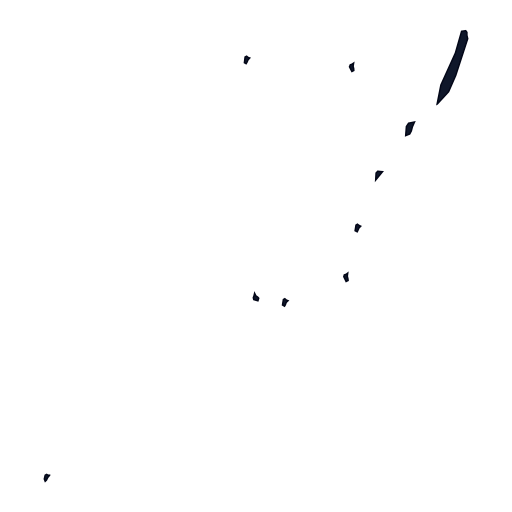 SVG path tracing the border of Haa Dhaalu
{"feature_id": "MDV-5224", "entity_name": "Haa Dhaalu", "entity_type": "Atoll", "adm_level": 1, "iso_a3": "MDV", "parent_name": "Maldives", "parent_adm1": "", "projection": "equal_earth", "projection_center": [72.994, 6.597], "detail": "fine", "context": "isolated", "style": "filled", "palette": "ink", "viewbox_px": 512, "rotation_deg": 0, "n_neighbors": 0, "source": "natural_earth", "source_scale": "10m", "svg_char_len": 1241}
<svg xmlns="http://www.w3.org/2000/svg" viewBox="0 0 512 512"><path d="M461.6,31.3L465.7,30.7L466.9,32.3L466.9,35.3L467.7,38.7L455.7,75.5L448.6,91.7L437.3,104.0L437.1,104.1L440.9,85.0L455.4,53.0L461.6,31.3ZM414.5,122.0L412.4,126.8L411.3,131.0L409.7,134.0L405.7,135.6L406.4,126.5L408.6,123.2L414.5,122.0ZM382.5,171.7L375.7,180.0L376.1,173.0L377.8,171.2L380.0,171.5L382.5,171.7ZM360.7,226.2L358.9,228.1L357.9,230.4L357.2,231.8L355.1,230.7L356.0,225.1L357.4,224.2L357.5,224.3L359.2,225.5L360.7,226.2ZM353.6,63.1L353.1,66.2L353.2,66.6L353.7,68.6L353.8,70.5L351.9,71.5L351.1,70.0L349.5,66.8L350.3,64.8L352.0,64.2L353.6,63.1ZM249.7,58.0L248.0,59.9L247.0,62.2L246.1,63.7L244.4,62.7L245.1,57.0L246.6,56.2L248.2,57.5L249.7,58.0ZM288.0,300.7L286.2,302.4L285.3,304.9L284.5,306.2L282.5,305.0L283.4,299.5L284.8,298.7L286.4,300.1L288.0,300.7ZM254.6,293.3L255.9,295.9L257.6,297.0L258.7,298.2L257.9,300.8L253.8,299.6L253.3,297.7L254.1,295.5L254.6,293.3ZM347.7,273.1L347.3,276.2L347.9,278.7L348.1,280.4L348.1,280.5L346.1,281.5L345.4,280.0L343.8,276.7L344.3,274.9L346.3,274.2L347.7,273.1ZM49.6,475.2L49.6,475.3L47.8,477.4L46.4,480.2L45.2,481.3L44.3,479.0L45.2,475.2L46.6,474.4L48.1,475.2L49.6,475.2Z" fill="#0f172a" stroke="#020617" stroke-width="1.5"/></svg>